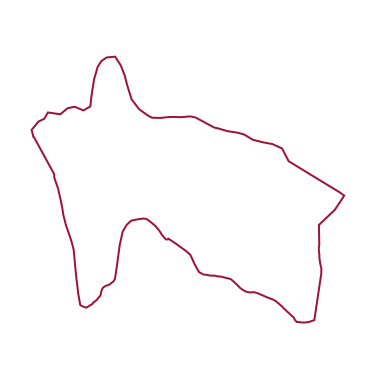 outline of Thula, Amran, Yemen, rotated 352°
{"feature_id": "15242507B3990952227589", "entity_name": "Thula", "entity_type": "district", "adm_level": 2, "iso_a3": "YEM", "parent_name": "Yemen", "parent_adm1": "Amran", "projection": "equal_earth", "projection_center": [43.832, 15.591], "detail": "fine", "context": "isolated", "style": "outline", "palette": "rose", "viewbox_px": 384, "rotation_deg": 352, "n_neighbors": 0, "source": "geoboundaries", "source_scale": "gbopen_adm2", "svg_char_len": 2902}
<svg xmlns="http://www.w3.org/2000/svg" viewBox="0 0 384 384"><g transform="rotate(352 192 192)"><path d="M342.2,216.7L338.3,213.0L323.2,200.6L302.0,183.2L292.0,175.0L287.3,161.5L278.3,155.7L269.5,152.8L259.6,148.8L251.6,142.3L245.4,139.6L235.4,136.6L227.5,133.0L222.7,131.1L213.6,124.4L205.9,118.7L200.8,116.9L191.6,116.4L186.7,115.6L181.9,114.8L176.7,114.4L171.4,114.3L162.8,112.9L158.7,109.9L151.3,102.8L145.1,91.9L144.7,89.5L143.2,80.4L142.3,74.1L141.7,67.9L139.1,56.7L134.7,47.3L126.1,46.9L120.5,49.7L115.9,55.1L113.6,60.4L110.8,66.5L108.8,73.0L105.2,85.0L103.3,93.1L95.8,96.1L87.8,91.3L80.4,91.7L72.5,96.7L64.5,94.4L60.4,93.2L55.8,99.0L49.9,100.8L41.8,108.2L42.7,115.7L43.2,115.9L43.7,117.2L58.0,155.1L57.6,158.8L59.2,166.6L59.8,169.6L60.8,181.3L61.3,189.5L61.4,196.8L62.6,207.5L64.2,215.4L65.7,223.6L66.5,229.9L66.8,233.0L66.1,246.8L65.6,258.4L65.2,277.1L65.6,288.4L67.9,290.1L69.9,291.1L71.2,291.8L72.1,291.5L75.6,289.9L77.5,289.2L78.7,287.9L80.7,286.7L83.1,285.5L84.3,283.8L85.6,283.0L87.1,281.4L87.8,279.5L88.4,277.8L89.4,275.8L90.5,274.4L92.2,273.5L93.5,272.9L95.1,272.7L96.9,272.3L98.3,271.7L99.6,270.8L100.4,270.4L101.1,270.0L102.4,269.0L103.4,267.7L104.1,265.7L106.8,256.7L110.6,243.1L113.1,234.2L117.9,221.5L122.7,215.5L127.6,212.0L133.7,211.5L140.4,211.5L143.2,212.4L143.6,212.8L144.9,214.0L146.1,215.1L147.2,216.4L148.0,217.1L148.4,217.6L149.5,218.8L150.6,220.0L151.6,221.4L152.5,222.9L153.4,224.4L154.6,226.5L155.4,228.2L156.0,229.8L156.9,231.3L157.8,232.9L158.7,234.3L158.9,234.4L159.6,235.1L160.0,235.5L161.6,235.4L162.2,235.0L168.5,240.6L175.9,247.7L178.5,250.3L181.6,253.9L182.8,257.9L184.5,263.8L184.7,264.4L187.9,272.4L191.9,275.3L192.6,275.5L194.3,275.9L195.9,276.4L197.3,276.9L198.7,277.4L200.4,277.6L201.9,277.9L203.2,278.1L204.5,278.7L205.9,279.2L208.0,279.6L209.5,280.0L211.1,280.7L212.1,281.2L212.8,281.4L214.6,282.1L216.0,282.6L217.5,283.4L218.7,284.1L219.9,285.5L221.2,287.0L222.3,288.4L223.3,289.6L224.3,291.0L225.3,292.3L226.4,293.8L227.5,294.9L228.8,296.1L229.9,297.0L231.5,298.1L233.1,298.8L234.5,299.3L236.1,299.6L237.6,299.7L239.0,299.7L240.5,300.3L242.1,301.0L243.8,301.9L245.4,302.9L246.7,303.7L248.0,304.4L249.2,305.2L250.7,306.2L252.7,307.3L254.0,308.0L255.4,308.7L257.3,309.8L258.8,311.0L259.0,311.1L260.0,311.9L261.1,313.2L262.3,314.4L263.4,315.8L265.1,317.7L266.7,320.1L268.1,321.6L269.0,323.0L270.1,324.2L271.2,325.5L272.3,327.0L273.3,328.2L274.4,329.4L275.4,330.7L275.9,332.4L276.7,334.0L277.8,335.3L279.2,335.6L280.7,335.9L282.0,336.4L283.4,336.6L284.9,336.9L286.4,336.9L287.8,337.0L288.2,337.1L290.8,336.8L295.3,335.9L308.8,290.3L309.3,286.3L309.5,285.4L309.3,283.8L309.1,282.0L309.0,280.1L309.0,278.1L309.0,276.1L309.0,274.5L309.4,272.1L309.4,270.2L309.4,268.5L309.6,266.8L309.8,265.1L310.2,263.5L310.7,262.0L313.1,242.3L331.1,229.4L334.4,225.6L337.5,222.2L338.4,221.2L340.4,218.9L342.2,216.7Z" fill="none" stroke="#9f1239" stroke-width="2"/></g></svg>